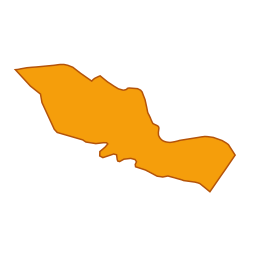 the district of Al Hashwah, Sa`dah, Yemen, rotated 80°
{"feature_id": "15242507B74180964049208", "entity_name": "Al Hashwah", "entity_type": "district", "adm_level": 2, "iso_a3": "YEM", "parent_name": "Yemen", "parent_adm1": "Sa`dah", "projection": "equal_earth", "projection_center": [44.261, 16.916], "detail": "fine", "context": "isolated", "style": "filled", "palette": "amber", "viewbox_px": 256, "rotation_deg": 80, "n_neighbors": 0, "source": "geoboundaries", "source_scale": "gbopen_adm2", "svg_char_len": 1771}
<svg xmlns="http://www.w3.org/2000/svg" viewBox="0 0 256 256"><g transform="rotate(80 128 128)"><path d="M205.0,58.4L191.1,44.7L185.4,39.0L173.6,27.5L173.3,27.2L161.8,32.0L159.9,33.8L156.7,37.5L152.1,45.6L150.3,51.2L149.7,53.8L149.6,55.7L149.5,57.5L149.5,60.3L149.2,77.6L149.2,77.9L149.2,79.5L149.4,81.0L149.5,82.7L149.6,84.3L149.6,86.0L149.6,87.5L149.5,89.2L149.0,91.0L148.5,92.5L147.9,93.8L147.1,95.2L146.2,96.3L145.2,97.2L144.1,97.9L142.9,98.5L141.4,99.0L140.3,99.2L137.7,98.9L135.5,98.2L133.6,97.6L132.4,97.6L131.3,98.2L130.3,99.4L129.3,100.9L127.9,102.7L127.0,103.0L125.7,103.4L124.4,103.7L123.2,104.0L122.0,104.2L120.9,104.5L119.5,104.9L118.4,105.2L117.1,105.7L116.3,105.8L115.9,105.9L110.7,106.0L103.2,106.3L101.6,106.6L97.0,107.5L95.1,107.8L93.0,109.0L92.9,109.1L90.9,111.8L90.2,114.5L88.9,119.6L88.8,120.3L88.8,121.1L88.9,121.8L89.5,122.4L89.7,122.7L89.8,123.2L89.9,124.1L90.0,125.4L89.9,126.0L89.8,126.4L87.8,130.6L84.6,134.3L79.0,140.2L71.8,146.4L72.2,148.2L73.3,152.1L74.1,153.7L75.5,155.6L65.8,165.3L58.6,171.8L55.8,176.4L54.3,180.1L53.6,184.4L53.4,190.0L52.0,207.5L51.5,212.2L51.1,217.0L51.1,219.1L51.1,221.5L51.1,223.7L51.2,225.0L51.2,226.3L51.0,228.8L69.8,216.8L69.9,216.7L79.4,208.3L87.9,208.3L88.4,208.2L100.2,205.1L116.5,200.8L120.1,198.5L123.3,192.0L131.8,174.7L134.5,171.9L137.8,162.4L138.2,154.8L138.8,151.7L140.2,150.7L142.8,153.8L146.3,159.8L150.6,160.7L152.8,157.9L151.8,151.1L151.4,148.4L151.1,146.6L152.4,143.9L157.3,144.1L158.8,143.8L159.6,142.1L158.0,137.4L158.4,130.6L159.6,128.0L160.3,126.5L162.8,125.5L165.1,127.2L167.5,127.3L172.4,118.1L174.1,115.9L180.5,107.7L181.2,105.6L181.3,105.2L182.3,102.3L182.2,97.0L188.4,84.0L189.4,82.4L192.9,71.5L194.3,68.4L195.3,66.8L205.0,58.4Z" fill="#f59e0b" stroke="#b45309" stroke-width="1.5"/></g></svg>